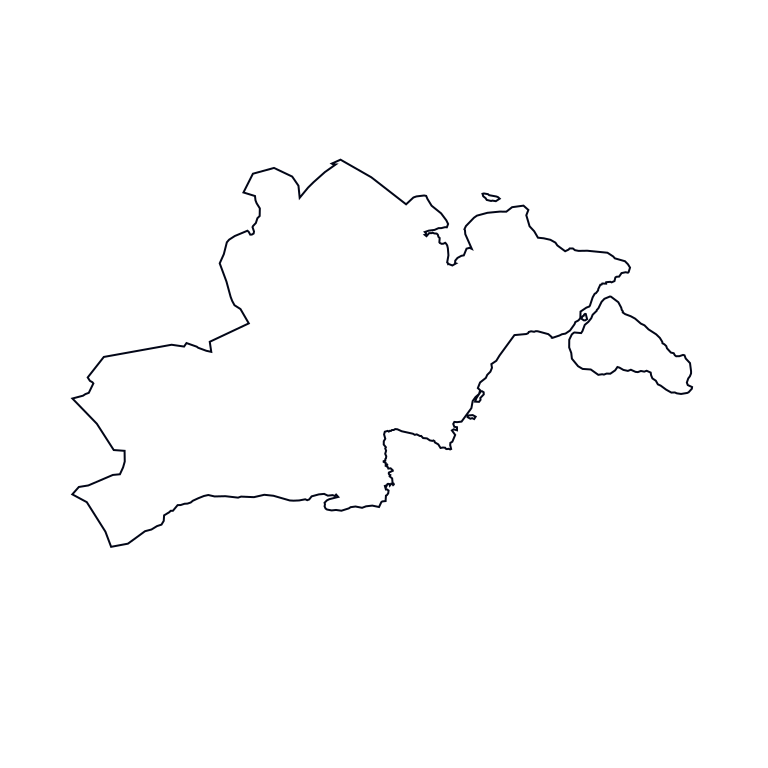 the district of Sorong, Papua Barat, Indonesia, rotated 191°
{"feature_id": "22746128B25112391877259", "entity_name": "Sorong", "entity_type": "district", "adm_level": 2, "iso_a3": "IDN", "parent_name": "Indonesia", "parent_adm1": "Papua Barat", "projection": "albers", "projection_center": [131.348, -1.055], "detail": "fine", "context": "isolated", "style": "outline", "palette": "ink", "viewbox_px": 768, "rotation_deg": 191, "n_neighbors": 0, "source": "geoboundaries", "source_scale": "gbopen_adm2", "svg_char_len": 6152}
<svg xmlns="http://www.w3.org/2000/svg" viewBox="0 0 768 768"><g transform="rotate(191 384 384)"><path d="M305.7,333.0L307.4,336.7L307.6,338.9L305.9,340.4L304.4,347.6L308.5,351.4L307.0,352.8L303.5,352.5L304.1,355.5L306.8,355.4L308.4,358.0L307.7,360.2L304.9,360.5L300.7,361.9L293.6,377.0L293.7,384.2L291.7,388.6L288.8,392.3L288.4,396.2L291.1,397.9L290.0,403.8L285.2,409.4L284.4,412.7L281.9,416.4L281.1,420.5L282.4,424.0L278.2,428.2L276.0,434.1L265.3,456.9L253.9,460.2L252.3,461.3L251.8,462.7L249.7,463.8L246.6,463.9L245.1,464.8L243.2,465.1L232.2,464.3L228.5,462.2L228.2,461.4L227.5,461.4L221.0,465.1L218.8,466.8L215.5,468.1L211.6,472.0L208.4,479.0L208.0,481.3L205.5,483.3L204.6,484.6L203.9,486.4L204.9,492.6L199.9,497.6L197.3,499.2L196.8,500.3L195.7,508.9L194.4,512.8L193.3,513.6L191.7,516.7L191.8,518.0L190.6,522.7L189.4,523.1L188.9,524.3L185.1,524.9L185.4,526.2L185.0,526.4L181.3,527.5L180.0,527.2L177.4,529.0L177.2,532.7L176.3,533.6L173.7,534.3L172.0,538.2L168.2,539.8L165.8,539.8L165.2,540.6L164.7,545.2L167.4,548.1L170.9,550.5L181.4,551.4L183.3,552.9L189.7,555.5L209.9,553.6L218.4,551.8L222.1,551.8L224.5,553.1L227.6,552.5L228.5,551.1L231.5,548.9L240.3,553.1L242.7,555.5L248.2,557.3L255.0,557.5L260.8,557.0L265.7,562.6L271.2,566.6L276.5,576.8L275.5,582.4L281.1,585.7L292.0,582.0L296.8,576.5L303.3,575.3L315.1,571.8L324.9,567.0L327.4,564.4L333.7,554.7L334.6,551.2L333.9,550.5L332.8,546.6L323.6,533.4L326.0,534.0L328.8,532.6L330.2,525.5L332.5,524.6L335.9,521.8L337.6,518.7L337.3,516.2L336.4,516.1L339.5,513.4L343.4,514.1L344.5,513.6L344.8,513.5L343.4,514.1L345.2,515.4L345.3,522.6L347.2,529.4L348.4,532.1L349.9,533.7L350.9,534.3L352.4,533.1L354.1,532.6L356.1,533.1L356.7,533.7L357.2,537.9L358.6,538.8L359.7,540.9L361.0,541.7L363.4,541.4L365.1,541.8L365.9,541.2L368.5,540.7L370.5,537.2L372.4,538.2L371.3,538.8L371.6,540.1L372.9,541.0L369.3,543.1L363.8,544.9L360.2,547.4L357.6,547.9L354.0,549.6L352.2,549.8L351.6,553.3L354.0,556.5L360.5,562.4L371.3,568.1L376.7,574.0L378.5,576.7L380.6,576.7L388.0,574.3L390.7,572.7L396.6,564.6L435.9,584.5L469.5,595.9L477.3,590.4L475.7,589.9L473.3,590.3L482.4,580.8L491.7,568.6L496.0,562.3L502.3,550.7L505.8,562.3L513.7,570.1L533.2,575.1L552.8,565.4L558.5,545.2L546.5,543.9L545.2,539.8L543.5,537.1L539.4,532.7L538.1,525.2L539.9,522.6L540.5,517.6L542.7,514.1L543.0,512.9L540.7,508.9L540.7,506.8L542.3,505.4L543.8,505.1L545.8,507.5L547.3,508.4L558.7,500.8L563.6,496.1L565.3,493.1L566.0,480.9L568.3,471.1L558.2,454.5L551.2,440.3L548.9,436.6L545.8,432.8L539.2,430.2L528.3,417.7L563.1,392.2L559.7,382.6L564.7,382.7L573.3,384.1L574.9,384.9L585.7,386.5L587.4,382.6L600.0,382.0L664.2,357.1L676.1,333.9L673.3,331.0L670.6,330.1L669.4,329.1L672.1,319.0L675.2,317.1L677.2,315.1L687.1,310.3L658.3,290.2L636.7,267.6L625.9,268.9L623.7,258.4L624.2,252.4L626.0,245.0L632.8,243.0L654.9,228.0L663.9,224.7L668.9,216.2L653.2,211.3L629.3,185.9L620.8,172.1L604.9,178.4L590.5,193.9L584.5,196.8L579.7,201.2L575.6,203.5L574.1,207.6L574.8,213.1L570.3,217.2L569.2,218.8L567.0,219.3L563.5,225.7L560.5,226.4L556.9,228.4L554.1,229.1L551.1,230.8L549.4,232.9L544.4,236.5L539.4,239.7L535.3,241.5L528.8,241.3L518.3,243.6L505.6,244.6L502.8,246.2L490.1,248.1L480.4,252.4L471.2,253.2L454.3,251.7L450.6,252.2L445.1,253.5L439.3,255.8L437.2,255.3L435.4,256.4L433.6,259.9L426.9,263.2L421.8,264.7L417.8,263.7L413.2,265.1L410.9,264.7L409.9,266.3L407.4,264.4L415.7,260.5L417.8,258.9L419.7,256.1L419.0,254.7L419.0,252.6L417.6,250.6L416.0,249.9L411.3,249.9L407.1,251.2L401.6,251.5L394.8,255.2L393.3,256.7L388.6,258.3L381.9,258.3L378.3,260.5L372.3,262.4L365.4,262.3L364.1,267.5L363.3,268.4L360.1,269.4L360.8,274.8L360.0,275.4L359.0,277.5L359.2,280.3L361.1,281.1L362.0,280.8L363.7,284.1L362.9,284.6L362.2,283.9L361.6,286.3L361.0,286.8L359.7,286.8L358.9,285.4L357.9,287.5L356.8,287.4L355.8,286.5L355.2,287.3L355.6,288.1L356.7,288.5L358.0,292.9L360.8,294.4L360.4,295.8L361.6,296.1L362.2,296.9L362.3,298.0L358.8,300.5L359.1,301.1L361.4,302.5L363.6,301.8L364.5,303.2L366.4,303.9L364.9,305.9L366.9,305.0L367.2,306.8L369.5,307.5L369.6,308.2L368.1,309.0L368.4,310.5L367.9,311.5L368.0,313.5L369.5,315.7L369.2,318.9L370.5,321.0L370.1,322.3L372.7,324.5L373.3,327.8L372.3,330.5L374.3,334.5L374.1,337.3L371.4,338.7L370.2,338.2L369.3,339.2L368.3,339.2L367.5,340.3L365.7,340.7L364.4,341.9L362.2,342.1L357.6,341.0L346.1,340.7L344.1,340.0L342.2,340.8L338.8,339.8L337.6,340.1L335.3,338.4L331.5,338.8L328.2,337.4L325.6,337.4L324.7,338.0L323.5,337.5L323.0,336.4L319.2,335.1L316.3,332.0L314.0,332.9L311.8,333.1L311.1,332.3L309.8,332.1L308.4,332.7L306.6,332.4L305.7,333.0ZM80.9,438.1L81.0,439.8L85.6,440.9L87.0,443.2L86.4,447.5L85.2,449.9L84.6,452.9L85.0,455.1L87.6,462.9L92.7,466.6L94.5,469.5L96.0,469.6L99.5,467.6L102.5,467.0L104.0,467.7L105.5,469.5L108.4,469.6L113.0,473.0L114.2,475.1L116.4,476.5L118.4,477.1L118.9,478.5L122.0,481.9L126.3,484.7L134.8,488.1L139.5,491.3L143.4,492.3L150.0,496.1L154.7,497.6L160.6,498.6L163.3,499.8L163.4,500.9L164.8,502.2L165.7,504.2L169.6,509.0L177.8,513.0L178.9,513.0L183.9,509.7L186.1,506.2L188.0,499.2L189.2,497.3L189.2,496.4L192.4,491.8L193.1,488.1L195.3,483.9L198.2,480.4L199.3,473.8L200.2,471.6L206.9,470.9L207.6,470.4L209.1,468.5L210.6,462.8L209.2,455.2L206.1,450.2L204.4,444.7L196.9,438.5L191.9,436.7L183.8,437.7L175.4,433.9L171.7,435.2L169.9,435.2L167.5,436.7L163.8,437.3L159.7,441.5L158.1,445.2L156.0,445.0L151.7,443.5L147.1,443.4L144.4,445.1L139.4,443.9L137.1,444.1L134.3,445.8L130.9,445.8L128.7,447.1L124.4,446.1L123.5,443.6L121.6,440.7L117.8,439.1L115.1,435.9L112.1,435.2L106.0,432.3L100.3,430.4L96.9,431.2L94.8,430.7L90.5,430.9L84.6,433.1L83.4,434.0L80.9,438.1ZM318.3,584.3L313.8,584.1L312.6,584.7L309.1,584.8L305.8,588.0L307.8,589.2L309.5,589.5L316.8,589.4L318.2,590.2L322.3,590.1L323.6,589.5L322.4,587.2L319.7,585.8L318.3,584.3ZM291.2,384.1L287.3,384.6L286.2,386.9L286.8,388.6L284.1,392.8L284.6,394.9L286.3,395.6L287.5,395.4L290.6,387.7L291.2,384.1ZM200.0,491.2L200.8,490.3L200.9,489.2L202.0,488.4L202.8,485.8L199.9,484.6L198.6,484.9L197.0,486.4L199.3,491.2L200.0,491.2ZM295.6,367.4L292.6,366.4L290.9,367.3L288.8,366.8L287.8,369.4L291.0,370.4L294.9,369.3L295.5,368.8L295.6,367.4Z" fill="none" stroke="#020617" stroke-width="2"/></g></svg>